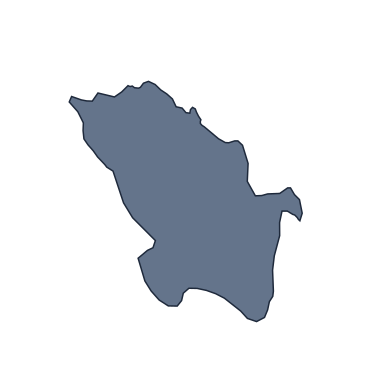 map outline of Enugu (Equal Earth projection), rotated 148°
{"feature_id": "NGA-2862", "entity_name": "Enugu", "entity_type": "State", "adm_level": 1, "iso_a3": "NGA", "parent_name": "Nigeria", "parent_adm1": "", "projection": "equal_earth", "projection_center": [7.353, 6.518], "detail": "fine", "context": "isolated", "style": "filled", "palette": "slate", "viewbox_px": 384, "rotation_deg": 148, "n_neighbors": 0, "source": "natural_earth", "source_scale": "10m", "svg_char_len": 1358}
<svg xmlns="http://www.w3.org/2000/svg" viewBox="0 0 384 384"><g transform="rotate(148 192 192)"><path d="M212.0,55.4L213.8,65.3L220.8,84.8L225.8,93.2L231.9,100.9L238.7,107.5L245.6,112.0L253.0,110.8L258.4,105.4L265.0,103.1L272.5,108.0L277.1,117.8L279.1,129.6L279.1,141.5L272.8,164.4L260.7,166.1L254.6,165.4L248.8,170.2L256.0,201.6L255.8,219.1L247.9,251.6L251.1,258.2L251.4,261.5L253.5,271.8L253.9,279.2L255.2,287.0L255.5,294.3L251.9,301.7L247.5,308.2L246.3,320.6L248.4,333.4L243.5,336.8L237.0,328.7L233.1,325.1L228.4,321.9L219.3,325.8L207.4,313.7L198.6,314.1L189.9,316.1L189.4,315.2L188.3,314.1L186.5,313.5L185.5,310.9L182.3,308.4L180.3,308.1L175.5,310.0L170.3,308.9L166.3,302.7L164.4,295.1L161.4,288.5L159.3,281.3L160.3,272.7L155.9,268.4L155.1,262.5L152.1,260.0L149.6,262.7L146.7,263.5L145.2,260.7L145.9,257.3L146.3,253.1L146.2,248.5L147.4,247.6L148.6,245.7L148.2,243.2L147.1,240.9L141.3,223.1L137.6,216.3L134.8,214.3L128.7,212.7L126.0,211.0L124.4,204.9L129.3,186.5L139.5,171.7L140.3,155.2L134.7,152.0L128.9,150.3L118.4,144.3L108.7,144.8L106.3,143.3L106.5,135.5L104.9,128.6L109.8,115.6L115.8,110.4L116.3,112.4L116.3,114.6L117.1,118.1L118.4,119.6L121.3,125.3L125.8,128.1L133.9,119.7L140.8,108.5L156.0,94.3L165.1,83.0L175.5,64.8L178.8,60.7L184.5,58.0L190.4,51.9L197.0,47.2L205.9,47.9L212.0,55.4Z" fill="#64748b" stroke="#1e293b" stroke-width="1.5"/></g></svg>